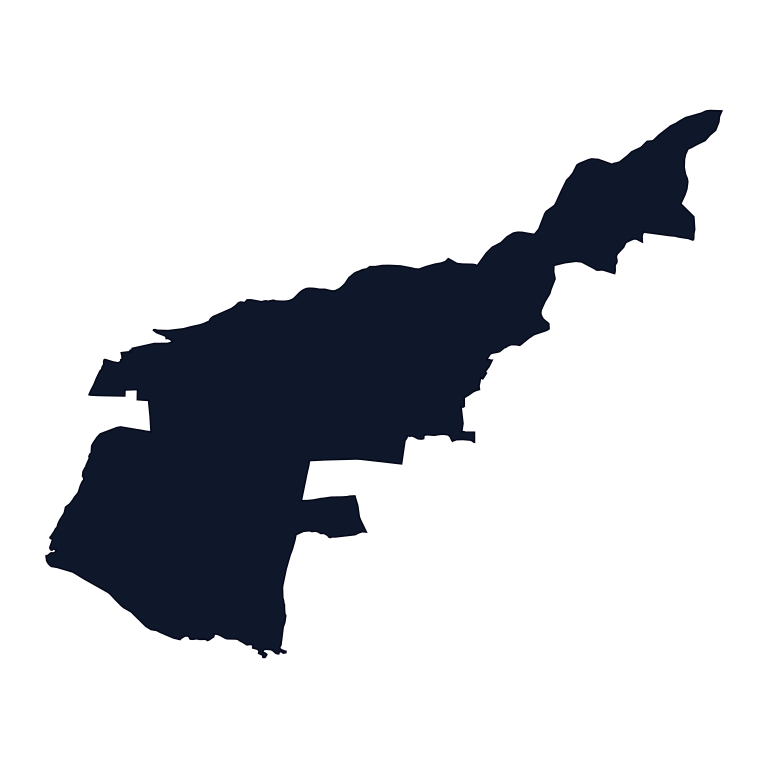 Solovastru, Mures, Romania (Equal Earth projection)
{"feature_id": "2599482B7590824952903", "entity_name": "Solovastru", "entity_type": "district", "adm_level": 2, "iso_a3": "ROU", "parent_name": "Romania", "parent_adm1": "Mures", "projection": "equal_earth", "projection_center": [24.78, 46.783], "detail": "fine", "context": "isolated", "style": "filled", "palette": "ink", "viewbox_px": 768, "rotation_deg": 0, "n_neighbors": 0, "source": "geoboundaries", "source_scale": "gbopen_adm2", "svg_char_len": 6063}
<svg xmlns="http://www.w3.org/2000/svg" viewBox="0 0 768 768"><path d="M286.0,651.3L284.0,650.8L280.5,649.2L279.8,647.9L279.9,646.8L281.0,644.9L283.2,627.0L284.8,622.5L285.8,615.7L285.1,614.3L284.7,612.1L284.4,605.5L284.5,604.6L284.0,603.8L283.6,600.8L282.8,597.7L282.5,588.1L282.7,585.8L286.2,568.9L290.2,554.9L292.3,549.4L294.8,540.6L296.0,534.7L303.5,531.3L307.9,530.9L310.2,530.8L311.5,531.5L312.8,531.5L315.0,531.1L318.0,531.8L320.7,533.5L323.6,533.4L325.0,533.9L327.7,535.5L328.9,537.1L330.1,537.6L331.9,536.9L335.8,536.9L355.0,534.7L359.4,532.6L362.5,531.7L366.4,532.1L360.4,519.7L359.3,516.8L357.8,505.8L354.9,495.9L349.0,496.2L348.3,496.6L342.7,497.0L331.2,497.2L323.1,498.4L321.7,498.4L313.4,500.0L307.2,500.6L301.4,500.7L307.3,471.7L308.7,465.9L309.5,460.6L326.3,459.8L355.9,459.0L360.5,459.2L401.6,463.9L405.0,440.6L406.8,438.1L407.3,436.3L407.6,436.0L409.0,435.9L409.6,436.4L410.4,436.0L412.0,436.0L414.1,436.7L418.0,438.8L421.5,439.1L423.7,438.6L423.9,436.0L424.4,435.3L425.2,435.0L427.7,434.8L434.4,435.3L440.6,434.3L443.9,434.3L447.2,434.7L448.6,435.3L450.4,437.1L451.6,440.0L452.3,441.1L452.7,441.3L453.2,440.5L454.5,440.5L456.3,439.7L462.9,439.5L470.1,440.1L472.2,440.9L473.6,442.1L474.5,442.3L474.5,432.2L464.3,432.2L464.3,431.8L461.8,431.5L463.0,423.5L461.1,406.9L463.4,407.1L464.3,406.3L464.3,397.6L468.7,395.0L473.2,391.8L475.8,390.6L479.5,389.5L479.1,386.9L479.1,384.7L479.3,384.6L479.8,382.4L480.6,377.9L482.8,378.9L486.5,373.1L485.2,371.8L489.1,366.5L492.2,360.2L491.3,360.3L489.4,359.6L486.9,359.6L487.5,358.3L490.4,353.8L492.9,353.0L497.0,352.3L499.6,351.6L504.3,347.8L506.0,347.3L507.5,346.1L511.4,344.6L516.9,344.8L519.1,345.4L520.1,345.2L529.1,337.9L534.1,334.6L546.6,330.4L549.1,328.9L548.8,323.7L547.3,322.3L544.9,320.5L542.9,318.5L541.4,315.6L540.8,313.4L541.2,310.0L545.1,301.4L549.9,293.4L550.9,289.6L555.1,278.8L553.7,271.9L553.9,265.4L565.1,262.7L575.8,261.3L581.6,261.9L594.5,268.7L596.2,269.9L597.6,270.2L602.6,269.9L614.6,273.6L615.1,271.7L615.2,269.8L615.1,265.7L615.4,264.6L616.6,263.0L617.0,261.9L616.9,259.8L616.3,256.9L616.5,255.7L617.4,253.9L623.6,247.3L625.9,242.5L631.9,239.7L634.6,238.8L637.2,239.4L642.4,242.1L642.1,236.7L642.6,233.8L643.8,232.1L669.7,235.6L675.4,236.1L678.6,237.0L688.5,238.5L692.4,240.0L693.3,239.9L693.7,239.0L693.9,233.4L694.7,229.6L693.9,216.8L680.8,203.8L685.0,194.7L686.9,189.0L687.8,181.9L687.3,178.6L685.5,174.3L684.2,167.4L684.5,159.4L685.5,154.5L688.0,149.0L690.9,147.8L697.1,144.4L705.2,140.5L709.8,135.2L715.6,130.3L718.9,122.0L719.5,116.4L721.9,110.9L710.0,110.5L706.0,111.0L701.5,113.1L685.6,117.6L680.3,120.6L676.3,123.2L670.8,125.8L659.1,134.9L653.6,140.2L652.2,140.9L647.3,141.3L646.2,142.2L642.1,146.4L640.6,147.6L631.7,151.8L627.4,155.8L619.6,162.0L615.9,163.1L614.3,163.2L612.0,164.3L598.3,159.4L591.7,158.9L588.5,159.7L579.0,163.6L576.9,165.0L572.9,173.0L569.7,177.1L566.7,180.0L561.4,190.8L555.8,203.1L554.5,205.4L546.2,211.4L544.7,213.8L538.8,229.1L534.6,234.2L532.9,234.2L521.9,232.3L517.6,232.2L513.2,233.1L506.9,236.9L501.1,242.6L492.1,247.3L486.4,253.0L477.2,265.7L475.6,264.8L472.6,264.3L462.6,264.1L457.0,263.5L448.3,258.6L445.5,261.5L441.4,263.0L434.7,264.2L425.7,266.7L419.2,269.1L415.1,268.9L411.6,268.0L400.3,265.9L389.7,265.4L382.4,265.5L375.5,266.6L369.8,266.6L367.5,268.3L365.9,269.2L364.5,269.2L361.9,269.9L358.5,271.5L358.0,271.5L354.6,273.0L348.9,277.7L345.1,283.5L342.1,286.5L339.4,288.7L335.1,290.8L331.7,290.9L325.0,289.3L319.7,289.3L314.0,288.4L309.2,288.2L306.1,288.6L302.9,290.1L300.2,292.0L293.4,298.8L289.7,300.5L286.5,301.1L282.8,301.3L276.1,301.0L273.4,300.2L268.2,301.2L265.6,300.8L261.4,301.7L251.0,299.8L247.1,299.8L244.5,302.8L243.1,302.3L240.6,302.0L239.1,302.5L237.8,303.2L237.0,304.3L234.6,306.4L231.4,308.6L213.1,316.6L210.8,318.4L209.9,319.7L209.6,320.7L208.7,321.4L203.0,323.9L199.7,324.9L190.1,327.0L183.4,328.8L168.2,330.6L157.7,330.3L155.1,329.6L153.6,329.7L153.4,330.3L156.7,332.7L164.9,335.8L166.0,337.0L166.2,338.6L168.0,338.5L170.4,339.6L171.7,340.9L171.9,342.2L167.5,343.4L154.2,343.5L132.1,348.4L132.4,349.8L130.1,350.3L129.8,351.7L121.2,352.7L121.9,355.6L122.1,359.1L120.8,359.7L120.8,360.7L120.2,361.7L118.9,362.6L117.3,362.7L112.7,361.8L104.9,359.4L104.2,359.7L103.7,361.2L103.7,364.5L102.2,366.9L101.6,369.4L100.1,370.8L99.7,371.6L96.5,378.2L94.0,384.4L90.7,390.8L89.0,394.7L90.5,395.1L99.0,395.5L124.8,396.0L125.0,390.0L137.5,389.6L137.3,399.7L148.7,400.5L148.9,404.5L150.1,416.4L151.0,431.8L146.6,431.3L120.6,426.9L116.8,427.6L100.2,433.9L97.3,437.0L93.4,442.6L91.7,445.7L91.2,452.9L90.7,453.7L90.2,453.7L89.0,456.0L88.9,456.9L89.6,457.5L85.9,465.9L86.1,466.9L85.1,467.6L83.0,471.6L82.5,476.1L83.5,477.5L83.7,479.9L83.5,480.6L82.7,481.0L82.1,481.9L80.3,485.9L78.4,492.1L77.5,493.6L74.3,497.4L73.1,499.5L70.0,503.7L65.5,507.1L64.5,511.9L63.9,513.6L59.9,519.8L58.1,523.5L57.0,527.3L55.5,528.8L54.3,531.2L51.0,536.2L50.0,537.3L50.1,538.1L50.3,538.4L52.3,539.2L52.5,539.8L49.8,547.4L50.0,548.5L50.9,549.9L51.5,550.2L52.1,550.2L53.0,549.1L53.7,549.1L56.3,550.2L55.0,552.2L54.0,552.9L50.8,552.9L48.2,555.1L47.0,555.7L46.1,555.7L46.1,557.3L46.6,559.5L46.6,560.7L47.8,562.9L49.2,564.6L51.2,566.4L56.8,567.3L72.7,572.0L85.0,579.4L108.3,592.5L110.5,594.4L115.7,600.0L121.7,606.0L123.8,607.7L131.2,611.9L145.8,626.3L150.9,629.5L156.7,630.5L159.7,632.1L173.2,637.9L180.0,639.6L181.2,638.3L185.1,636.0L188.5,636.1L190.1,639.1L192.9,639.3L196.4,638.8L199.8,639.4L204.6,639.3L206.3,639.5L207.1,640.4L207.6,640.5L209.1,639.9L213.6,636.9L214.0,635.9L214.0,634.2L216.3,634.0L219.5,635.1L225.7,638.4L227.3,638.8L235.9,639.0L237.8,639.3L238.2,639.5L238.9,640.3L243.1,642.5L246.8,644.9L250.6,644.4L252.7,645.2L253.0,646.0L252.6,647.5L252.7,648.0L256.7,649.0L258.5,650.0L259.0,650.8L258.6,653.3L262.8,655.3L262.9,655.8L262.7,657.1L263.1,657.5L265.1,657.4L266.9,654.6L266.7,654.2L265.2,653.1L263.4,652.4L263.0,651.9L263.3,650.1L264.8,649.4L266.0,649.3L270.8,649.6L272.8,650.6L275.7,653.2L277.7,653.9L278.8,653.8L279.4,651.5L281.7,652.0L283.1,653.1L284.0,653.1L285.9,652.7L286.0,651.3Z" fill="#0f172a" stroke="#020617" stroke-width="1.5"/></svg>